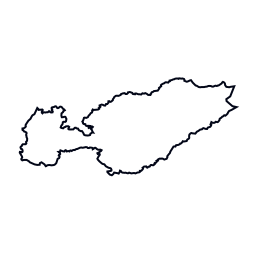 Dois Irmãos do Buriti, Mato Grosso do Sul, Brazil (Robinson projection), rotated 266°
{"feature_id": "56859067B95932386294649", "entity_name": "Dois Irmãos do Buriti", "entity_type": "district", "adm_level": 2, "iso_a3": "BRA", "parent_name": "Brazil", "parent_adm1": "Mato Grosso do Sul", "projection": "robinson", "projection_center": [-55.365, -20.59], "detail": "fine", "context": "isolated", "style": "outline", "palette": "ink", "viewbox_px": 256, "rotation_deg": 266, "n_neighbors": 0, "source": "geoboundaries", "source_scale": "gbopen_adm2", "svg_char_len": 5815}
<svg xmlns="http://www.w3.org/2000/svg" viewBox="0 0 256 256"><g transform="rotate(266 128 128)"><path d="M141.3,237.7L142.5,233.7L148.0,228.2L149.9,228.1L152.4,232.2L162.2,236.9L161.9,233.1L161.6,231.8L162.2,229.0L163.9,227.9L165.4,227.8L166.3,227.4L167.0,226.7L167.4,225.9L166.8,225.1L165.9,224.5L164.1,221.3L164.1,220.5L163.7,219.6L164.1,218.1L163.3,215.6L163.6,214.4L164.1,213.6L164.3,211.9L164.3,211.1L163.8,209.6L163.7,207.7L163.5,206.8L163.7,204.0L163.6,202.9L163.9,201.5L165.4,199.4L165.7,198.4L168.8,195.7L171.3,194.2L171.2,193.3L170.2,190.7L170.1,189.7L171.2,187.5L172.1,187.7L173.0,187.3L173.6,185.7L173.5,184.8L174.0,182.4L173.5,181.9L174.0,180.5L173.9,178.5L173.4,177.5L173.4,176.7L172.8,175.1L172.4,172.9L171.7,173.0L171.3,171.9L170.5,171.3L171.0,168.9L170.6,167.8L170.1,167.3L169.9,166.4L169.0,164.4L168.4,163.8L167.3,164.0L165.9,161.8L165.3,162.0L163.2,160.3L163.0,156.4L162.4,155.7L162.0,154.2L161.4,153.7L160.5,153.5L160.2,152.8L159.4,152.6L159.6,150.4L160.8,149.1L161.6,147.6L161.2,146.6L161.3,145.7L161.6,144.8L160.5,143.5L160.9,141.6L160.9,140.8L161.9,138.5L161.9,137.6L161.2,137.4L161.3,136.4L161.7,135.1L162.7,134.8L163.8,132.3L163.5,130.4L162.8,130.3L162.0,129.2L162.1,128.0L163.0,127.1L162.8,126.4L163.0,125.7L162.3,123.4L161.6,123.1L161.0,121.7L160.7,120.5L161.0,119.3L160.9,118.0L159.7,116.3L158.8,115.9L157.7,114.9L156.8,114.8L155.6,113.2L155.3,112.4L155.6,111.6L156.1,111.1L156.0,110.3L154.7,110.3L154.2,109.8L153.4,109.0L153.4,107.7L152.0,106.9L152.1,105.7L152.8,104.7L153.2,103.3L152.5,101.2L151.7,101.2L151.0,101.9L150.3,101.2L150.0,100.3L149.1,100.5L148.5,99.5L148.4,95.8L148.6,94.9L148.0,94.3L148.6,93.9L147.8,93.4L147.0,93.5L146.0,93.2L145.3,91.7L144.1,90.9L143.2,89.7L141.6,88.7L141.0,87.1L141.4,85.5L141.2,84.8L139.1,84.0L137.5,82.9L136.8,83.5L136.0,83.4L135.2,83.9L134.8,85.7L134.0,85.8L133.3,86.2L132.9,87.0L133.0,88.2L132.8,89.5L132.0,88.6L130.9,88.8L132.0,91.4L132.1,92.2L131.5,93.0L131.0,92.6L129.9,90.8L128.3,92.0L127.3,92.1L125.9,92.9L126.1,92.0L125.4,91.0L125.0,90.1L123.7,89.7L123.4,88.6L123.3,87.3L123.7,84.9L124.0,84.1L124.6,83.5L125.4,83.4L127.7,82.2L128.2,81.8L128.1,80.8L128.7,79.7L129.3,78.8L130.9,78.1L131.2,76.6L131.9,76.0L131.9,74.9L130.4,73.3L130.6,70.1L130.7,69.0L131.3,68.4L133.2,69.4L133.9,68.6L134.0,66.3L133.4,65.5L133.3,64.6L132.2,63.3L132.7,61.6L133.2,60.9L135.1,61.7L135.9,62.6L136.8,63.1L138.3,63.4L138.7,64.1L138.5,65.9L139.0,66.6L141.3,67.2L143.5,66.3L143.6,65.1L143.3,63.9L143.4,62.7L144.9,62.4L147.2,62.7L148.4,64.3L149.3,64.6L150.1,66.2L151.0,65.6L151.6,64.6L153.4,63.4L154.0,62.4L153.9,61.4L152.9,60.2L152.7,59.4L153.1,58.6L154.0,58.2L154.7,57.5L154.6,56.5L154.1,55.6L153.9,53.7L153.4,53.2L152.5,53.2L151.9,53.7L151.0,53.2L149.8,54.1L148.9,53.8L148.8,52.9L149.0,51.9L150.3,50.4L149.3,49.1L149.4,47.8L149.2,46.7L149.5,45.6L149.3,44.4L148.6,43.7L149.3,43.1L150.3,43.2L151.0,43.9L151.9,44.2L152.4,43.8L152.3,40.1L153.2,39.9L154.3,38.9L148.3,35.6L147.4,33.7L146.5,32.9L144.0,31.4L142.2,29.1L140.0,27.4L138.4,26.2L137.6,26.0L136.8,26.2L136.0,25.7L134.9,23.8L134.9,22.7L133.9,22.6L133.3,22.7L132.8,23.5L131.7,24.2L131.4,25.1L130.6,26.3L129.9,26.5L128.7,26.0L127.9,25.9L127.1,26.2L126.2,26.1L124.4,26.7L122.3,26.4L121.2,25.3L119.7,25.5L119.0,24.8L119.1,21.9L118.5,21.2L117.6,20.9L116.8,19.7L116.1,19.4L114.7,19.8L114.3,20.8L113.4,21.2L112.3,21.3L111.4,20.9L111.2,20.1L111.6,19.6L111.7,18.5L110.9,18.3L106.9,20.3L106.0,20.4L104.5,19.4L103.9,19.5L103.1,20.3L103.4,21.8L103.2,24.7L101.6,27.0L100.7,27.6L98.2,32.3L97.5,34.9L97.5,37.3L99.1,37.7L99.8,39.3L97.6,42.1L95.6,43.3L95.8,44.0L96.3,44.5L96.5,45.3L96.6,46.9L96.1,49.1L96.2,51.0L96.4,52.0L96.8,52.7L98.0,54.0L102.2,55.7L102.7,57.1L103.5,57.6L104.7,57.7L105.3,57.0L106.0,57.3L106.7,58.5L107.6,58.5L108.2,58.4L108.4,57.6L109.0,57.1L109.0,58.0L109.5,58.6L110.4,59.0L109.3,61.4L109.0,63.0L109.9,63.5L110.2,64.3L109.7,64.9L108.9,65.3L109.2,66.8L108.7,68.0L109.4,68.5L109.6,69.4L109.0,70.2L109.8,71.6L109.9,72.5L109.7,73.4L110.1,73.8L110.6,75.1L110.6,75.9L111.7,78.8L111.8,80.1L111.5,81.0L111.5,82.0L111.9,84.6L111.7,85.7L110.9,86.4L110.7,87.7L111.2,88.6L110.8,90.7L110.4,91.4L109.3,91.4L109.7,92.3L110.3,92.8L110.6,93.8L110.0,94.8L109.3,95.3L108.4,96.7L108.3,99.1L107.7,100.1L107.0,99.6L105.6,97.1L105.0,95.7L104.2,96.0L104.4,97.2L103.8,98.0L103.0,97.8L101.8,96.7L99.5,95.3L98.6,95.7L96.8,97.1L94.4,99.5L93.9,100.3L93.4,101.9L91.4,103.2L89.7,105.8L89.2,107.5L88.7,108.2L87.5,108.6L86.7,108.5L86.4,107.9L86.1,104.4L85.4,104.4L82.8,106.6L82.0,108.6L83.0,110.0L84.5,111.1L83.6,114.6L83.2,115.5L84.7,116.6L86.0,117.0L85.7,117.8L84.4,118.5L83.9,119.3L83.5,121.7L83.6,122.5L82.9,124.3L82.9,125.3L83.4,126.0L82.5,128.1L82.7,130.9L82.2,132.3L82.9,134.2L83.0,136.0L83.5,136.9L84.4,136.9L84.4,138.3L85.9,139.9L86.7,140.2L87.3,139.8L88.4,141.3L88.4,143.5L87.4,143.9L87.1,144.7L87.7,145.3L88.0,145.9L87.9,146.8L89.4,148.0L89.5,148.8L89.2,149.7L89.1,150.8L90.2,152.2L90.8,151.9L91.4,152.4L91.3,153.1L91.7,153.8L92.5,154.4L93.1,154.2L93.1,155.1L93.4,155.7L94.3,155.4L95.0,156.7L95.3,157.8L95.0,158.7L95.2,159.7L94.9,160.7L94.0,162.0L94.6,164.4L96.2,165.3L97.1,165.2L99.2,167.1L99.9,167.9L100.6,168.3L101.4,168.5L106.3,172.1L106.4,173.1L106.2,174.0L107.5,174.8L107.6,176.9L108.2,178.5L108.8,178.9L108.8,179.6L109.6,180.7L111.0,181.8L110.6,182.6L110.9,185.6L112.3,186.3L113.2,188.0L113.9,188.4L115.7,188.4L117.2,188.8L118.3,190.1L118.6,190.9L118.2,191.9L117.7,194.8L119.5,196.4L120.2,198.1L121.3,199.7L121.6,201.8L122.3,202.4L122.6,203.3L121.7,205.3L121.5,206.8L122.8,207.6L123.5,210.2L124.4,210.9L125.3,211.3L125.8,210.6L128.1,211.6L127.2,212.9L127.2,214.8L128.1,215.9L127.6,217.6L127.9,218.4L129.6,219.9L130.3,219.9L130.9,220.2L131.7,221.7L132.7,222.8L133.1,223.9L134.0,224.9L133.5,226.0L134.3,227.1L135.5,228.4L136.4,228.8L137.9,230.0L138.8,232.5L141.3,237.7Z" fill="none" stroke="#020617" stroke-width="2"/></g></svg>